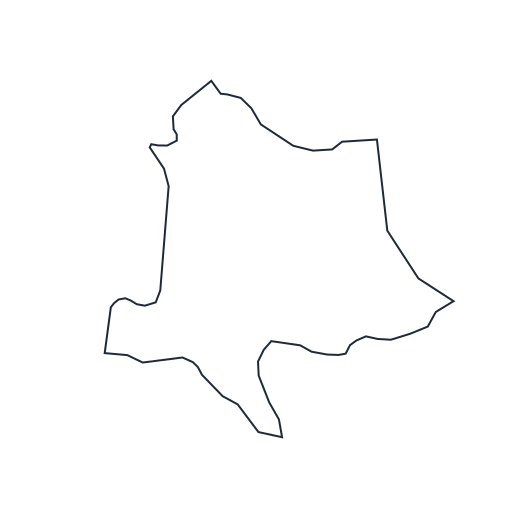 an SVG outline of Škofja Loka, rotated 252°
{"feature_id": "SVN-1017", "entity_name": "Škofja Loka", "entity_type": "Municipality", "adm_level": 1, "iso_a3": "SVN", "parent_name": "Slovenia", "parent_adm1": "", "projection": "albers", "projection_center": [14.27, 46.166], "detail": "fine", "context": "isolated", "style": "outline", "palette": "slate", "viewbox_px": 512, "rotation_deg": 252, "n_neighbors": 0, "source": "natural_earth", "source_scale": "10m", "svg_char_len": 941}
<svg xmlns="http://www.w3.org/2000/svg" viewBox="0 0 512 512"><g transform="rotate(252 256 256)"><path d="M210.4,82.1L252.1,102.1L255.0,106.4L257.1,111.9L256.2,118.6L252.3,123.2L247.0,127.7L243.1,134.9L242.9,146.3L252.8,154.3L349.4,194.5L367.5,195.5L392.1,188.5L394.7,190.9L391.3,197.3L388.5,205.7L390.2,216.3L396.2,218.2L402.0,216.8L414.5,220.1L422.7,231.6L436.4,267.6L421.3,272.5L418.5,278.7L411.0,290.4L398.0,297.2L379.6,301.3L349.3,325.5L338.6,342.8L333.8,361.4L338.1,373.2L329.4,407.0L239.5,388.7L184.5,403.5L152.0,429.9L147.2,409.7L135.8,397.6L134.4,378.3L134.7,358.4L139.5,346.1L145.6,335.7L144.6,325.3L142.2,317.9L135.4,311.1L136.4,303.9L140.3,293.2L147.8,279.3L157.4,270.4L170.3,244.2L164.4,234.4L155.0,225.3L141.5,221.6L112.8,223.3L93.5,227.3L75.6,224.8L87.8,203.9L120.6,192.7L132.9,181.0L159.7,167.9L168.3,166.4L174.5,163.2L182.2,154.7L189.7,115.3L201.5,103.0L210.4,82.1Z" fill="none" stroke="#1e293b" stroke-width="2"/></g></svg>